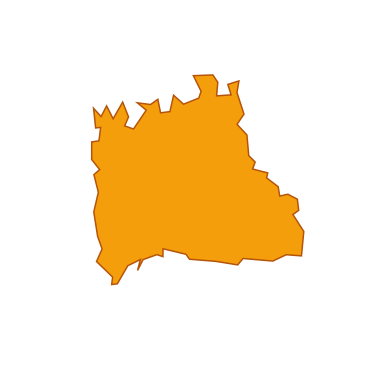 outline of Rowan, Kentucky, United States of America, rotated 119°
{"feature_id": "52423323B15346846283864", "entity_name": "Rowan", "entity_type": "district", "adm_level": 2, "iso_a3": "USA", "parent_name": "United States of America", "parent_adm1": "Kentucky", "projection": "robinson", "projection_center": [-83.44, 38.207], "detail": "fine", "context": "isolated", "style": "filled", "palette": "amber", "viewbox_px": 384, "rotation_deg": 119, "n_neighbors": 0, "source": "geoboundaries", "source_scale": "gbopen_adm2", "svg_char_len": 1018}
<svg xmlns="http://www.w3.org/2000/svg" viewBox="0 0 384 384"><g transform="rotate(119 192 192)"><path d="M182.7,307.3L179.8,303.2L192.4,298.2L196.8,304.0L212.2,295.5L217.2,283.6L224.4,286.2L237.6,273.8L257.1,268.2L276.6,253.0L285.4,243.0L299.1,241.8L304.9,220.2L311.9,217.4L308.5,212.8L287.6,212.4L276.1,204.4L287.0,201.6L274.8,202.0L263.8,192.3L262.6,186.1L255.7,189.8L249.4,167.1L252.0,161.6L241.1,137.5L233.6,116.7L225.4,115.1L213.2,87.8L201.2,79.2L194.8,65.3L172.3,75.1L162.8,92.8L156.3,89.8L147.2,96.4L147.5,107.1L153.0,113.3L145.6,119.2L143.5,133.6L138.6,135.0L142.5,150.1L135.2,151.3L132.7,160.0L115.5,171.6L111.0,185.4L98.7,184.3L83.2,200.9L72.1,204.8L80.5,212.8L88.1,204.9L96.0,217.1L83.6,222.6L79.5,230.5L89.6,247.2L99.5,232.9L106.6,231.6L119.3,242.0L116.3,255.0L132.4,250.3L138.0,257.9L127.5,266.8L135.6,270.7L140.5,283.0L142.6,271.7L165.2,273.7L166.9,282.9L157.1,283.9L147.0,296.2L166.2,296.5L158.1,308.4L170.1,308.1L166.5,318.7L182.7,307.3Z" fill="#f59e0b" stroke="#b45309" stroke-width="1.5"/></g></svg>